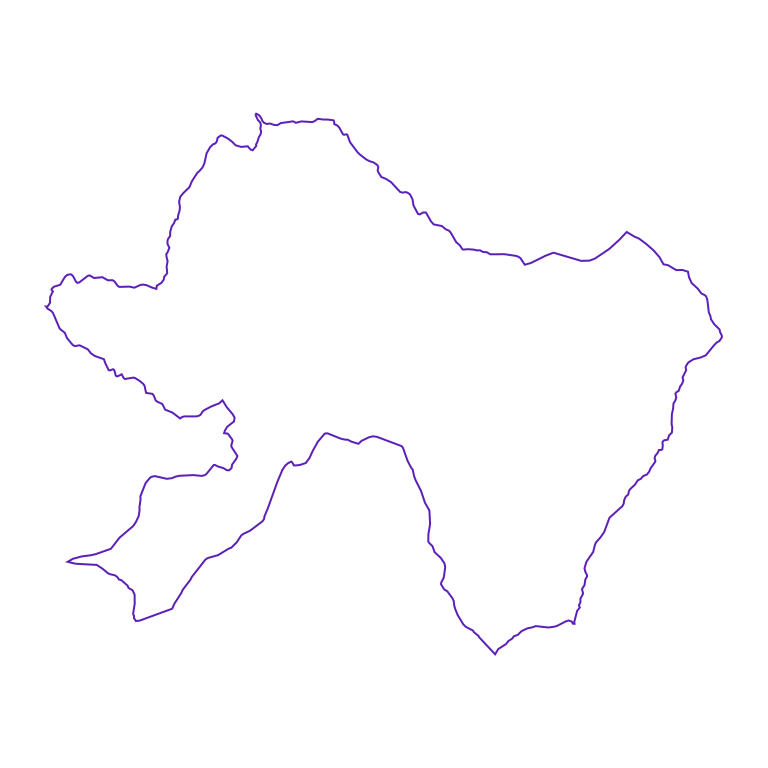 outline of Atahualpa, El Oro, Ecuador
{"feature_id": "8360857B45777368126824", "entity_name": "Atahualpa", "entity_type": "district", "adm_level": 2, "iso_a3": "ECU", "parent_name": "Ecuador", "parent_adm1": "El Oro", "projection": "orthographic", "projection_center": [-79.756, -3.557], "detail": "fine", "context": "isolated", "style": "outline", "palette": "violet", "viewbox_px": 768, "rotation_deg": 0, "n_neighbors": 0, "source": "geoboundaries", "source_scale": "gbopen_adm2", "svg_char_len": 6085}
<svg xmlns="http://www.w3.org/2000/svg" viewBox="0 0 768 768"><path d="M327.2,119.5L322.9,119.5L317.8,118.8L314.5,121.2L312.2,122.1L301.5,121.4L295.8,122.8L293.6,121.5L292.5,121.4L280.8,123.1L277.3,125.2L274.1,124.9L269.9,123.5L266.8,124.0L264.1,122.8L262.6,121.3L261.2,118.1L259.7,116.0L258.5,114.8L256.2,113.7L255.6,114.7L255.8,115.6L258.0,120.2L259.9,122.1L260.7,123.8L260.9,125.7L260.3,128.5L261.1,131.3L260.7,134.1L258.9,137.1L257.3,142.1L256.0,144.5L256.3,145.9L252.6,150.3L250.4,149.4L247.8,146.3L241.2,146.9L235.6,145.3L232.4,142.0L228.0,138.6L222.2,135.5L220.7,135.5L217.6,137.8L217.0,140.8L216.0,142.7L215.0,143.6L213.2,144.2L210.2,147.0L206.6,153.3L204.3,163.7L202.4,167.6L199.2,171.3L197.4,172.7L191.8,181.4L189.5,187.1L183.4,193.0L180.3,196.7L179.1,201.8L179.9,206.8L179.7,210.1L178.1,215.8L178.0,217.9L177.5,219.2L175.3,219.7L174.0,223.2L171.8,226.2L170.2,231.8L170.1,236.2L168.3,238.5L167.5,240.6L167.5,243.9L169.4,247.8L167.5,252.5L166.3,254.0L166.6,257.3L167.6,261.1L166.6,266.7L167.2,272.9L166.6,274.1L164.3,276.5L163.7,279.7L161.4,282.9L156.8,285.7L156.4,288.9L151.8,287.5L146.6,285.2L143.3,284.6L140.6,284.9L134.3,287.7L129.4,286.6L119.3,286.9L117.6,285.8L114.5,281.4L112.5,280.2L107.9,280.3L102.4,277.2L94.1,278.0L89.6,275.4L87.7,275.9L79.3,282.4L77.4,282.9L76.0,281.7L73.2,276.4L71.6,274.7L70.6,274.3L67.5,274.8L65.0,276.8L60.2,284.8L53.9,286.7L51.7,288.8L51.5,289.8L52.9,291.4L50.2,296.8L50.0,302.8L48.1,305.8L46.8,306.7L46.1,306.6L47.5,308.6L51.3,311.0L53.0,313.0L59.7,328.7L64.9,332.9L66.8,337.7L71.5,343.6L73.3,345.4L75.0,346.1L79.6,345.3L87.8,349.3L90.9,353.3L94.9,356.0L103.9,359.2L105.3,363.2L108.7,370.2L110.2,370.4L112.7,369.3L113.6,369.4L114.6,371.0L115.7,375.5L116.6,376.3L117.8,376.2L121.7,374.3L123.5,377.8L124.9,379.0L133.3,377.6L135.2,378.1L139.5,380.8L143.0,383.7L144.5,385.6L146.1,392.9L152.5,393.9L153.8,395.7L155.7,400.5L157.3,401.7L162.3,404.0L165.2,409.7L172.3,412.5L180.2,418.5L181.9,417.1L184.2,416.4L196.4,416.4L198.8,415.8L200.6,414.7L202.7,411.4L204.7,409.9L211.4,406.4L219.1,403.4L222.5,400.3L226.7,407.1L232.8,414.4L234.6,417.7L233.9,421.5L227.2,426.8L224.9,430.6L224.1,433.2L227.8,433.6L232.1,439.4L232.6,441.0L231.3,445.2L231.4,446.7L237.4,456.0L236.2,459.0L232.2,464.4L231.5,468.1L229.1,470.3L226.8,470.2L223.4,468.1L218.3,466.6L214.7,464.9L213.6,465.1L206.5,473.9L204.9,475.1L201.9,475.9L193.2,475.1L179.3,475.8L175.7,476.6L171.8,478.2L166.7,478.8L154.9,476.1L151.4,476.8L149.7,478.1L145.6,483.1L140.4,496.2L140.5,499.9L139.4,507.5L139.6,509.9L138.7,516.1L135.8,522.2L133.0,526.2L119.5,537.7L110.9,548.8L95.8,554.1L91.2,555.2L81.8,556.4L72.9,558.8L67.7,561.8L74.4,563.5L78.2,563.9L96.7,564.9L102.4,568.6L107.9,573.2L110.0,574.2L114.9,575.3L117.3,577.0L119.0,579.5L121.3,580.1L127.5,585.6L128.6,588.0L132.5,590.2L134.6,594.6L134.7,603.8L133.1,613.9L134.1,616.3L133.9,617.9L135.9,621.0L139.7,620.6L172.2,608.7L174.4,603.7L181.1,593.3L182.8,589.7L190.4,579.8L191.7,577.1L205.4,559.6L207.6,558.1L218.1,555.1L228.6,548.7L231.3,547.7L236.9,542.1L241.2,535.5L243.1,534.0L249.9,530.8L262.6,521.2L264.1,518.9L264.4,516.5L267.8,508.4L277.3,482.0L282.4,469.9L285.3,465.5L288.2,463.1L291.1,461.6L292.0,462.1L293.9,465.4L296.4,465.4L300.1,464.9L305.8,463.0L309.4,458.1L312.9,450.6L317.8,441.8L324.7,433.6L327.4,433.3L340.6,438.6L344.7,439.6L347.7,439.7L351.5,441.7L358.5,443.8L361.6,440.8L369.1,437.2L373.1,436.3L376.8,436.8L400.8,445.8L402.3,446.7L403.4,448.9L407.5,460.7L411.2,467.8L412.7,469.6L414.2,476.5L415.8,480.6L421.0,490.9L425.0,502.8L429.4,510.5L430.1,524.0L428.4,534.2L428.3,541.5L428.8,542.5L432.5,546.2L434.6,552.2L440.7,557.8L444.5,563.4L445.2,567.3L444.1,575.4L443.6,578.0L441.2,582.6L441.0,584.2L444.1,589.3L447.3,591.3L452.2,597.9L453.7,600.9L454.2,605.4L455.4,609.5L457.8,615.3L463.4,624.5L465.8,626.8L473.2,630.7L473.6,631.9L478.5,635.9L479.1,637.2L495.1,654.3L498.3,649.0L506.1,644.0L508.3,641.1L512.3,638.5L513.8,636.3L517.8,634.8L521.6,631.1L527.3,628.4L532.8,627.2L535.6,626.1L548.7,627.5L554.7,626.6L556.8,626.0L566.2,621.2L568.8,620.5L571.7,621.5L572.9,623.7L574.5,623.8L574.3,621.7L577.2,610.7L579.8,607.6L578.9,605.4L580.4,602.4L580.4,598.8L583.1,593.6L582.0,589.1L584.5,585.1L585.3,579.6L587.1,576.4L586.9,574.8L585.4,572.0L584.5,568.3L586.4,561.8L593.2,551.9L594.9,545.0L596.0,542.4L600.7,537.1L604.2,532.0L609.5,517.7L622.4,506.1L623.7,503.7L624.1,500.5L625.1,497.8L626.0,496.4L628.2,494.6L628.9,491.1L630.2,489.1L635.0,484.6L637.7,480.4L640.8,478.8L643.3,476.0L646.8,474.6L649.2,471.6L650.5,468.4L655.2,461.8L655.4,460.8L654.6,458.3L655.2,455.9L657.8,452.7L659.0,450.0L661.6,449.9L662.4,449.0L662.8,445.0L662.4,442.7L662.7,441.7L664.1,440.3L667.7,439.7L669.1,435.3L671.9,432.6L672.3,427.4L671.6,424.1L671.9,414.1L673.1,408.8L673.5,403.4L675.2,400.8L676.3,397.5L675.4,393.7L676.2,392.4L678.7,390.8L680.2,386.4L682.0,383.9L683.1,381.2L683.3,380.2L682.6,377.4L686.2,370.1L685.6,367.5L686.3,365.5L688.4,362.4L693.4,359.3L700.9,357.4L705.8,355.3L714.0,345.3L716.8,342.4L719.4,341.0L721.9,337.3L721.8,335.6L720.1,332.2L719.5,329.4L714.2,324.2L711.0,319.3L710.4,316.0L708.8,312.4L707.3,299.6L706.2,296.6L705.2,295.4L701.3,293.4L697.7,288.6L691.6,283.0L689.0,277.2L688.0,271.7L682.5,270.0L676.2,270.1L668.0,265.2L663.5,264.3L659.5,257.2L653.6,250.4L645.7,243.5L639.0,238.6L634.4,236.6L626.7,232.0L619.1,240.0L609.3,248.9L594.9,258.6L589.6,260.6L581.3,260.9L553.5,252.7L545.6,255.7L530.9,263.0L524.8,264.7L520.4,258.1L518.3,256.7L516.0,255.9L504.5,254.2L490.3,254.3L486.7,252.2L483.1,252.0L479.9,250.3L477.1,250.4L473.6,249.6L467.6,249.2L463.7,249.6L462.4,249.3L460.0,245.5L456.1,242.0L450.6,232.4L449.0,230.7L445.8,229.3L441.8,226.0L433.7,224.4L431.1,221.5L425.9,212.5L423.4,212.4L419.7,214.4L418.0,213.9L413.5,205.5L412.5,199.2L410.0,194.4L407.7,192.8L405.8,192.1L402.5,192.6L400.2,192.0L391.0,182.1L385.8,178.8L381.3,177.0L378.0,171.6L377.7,170.3L378.3,167.1L377.4,165.1L373.7,162.5L369.3,161.1L366.0,159.3L360.2,154.8L357.6,152.3L350.0,142.2L347.3,134.7L346.3,134.3L344.0,134.8L343.0,134.3L339.1,127.3L337.3,125.5L334.3,124.1L334.1,121.2L333.5,120.3L327.2,119.5Z" fill="none" stroke="#5b21b6" stroke-width="2"/></svg>